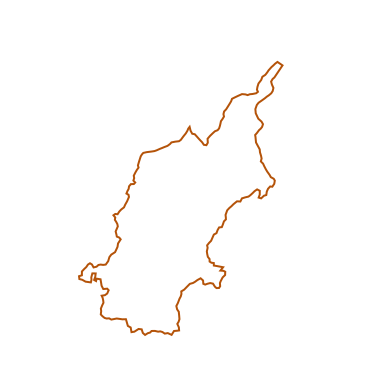 the district of Uruana, Goiás, Brazil, rotated 202°
{"feature_id": "56859067B12485635102711", "entity_name": "Uruana", "entity_type": "district", "adm_level": 2, "iso_a3": "BRA", "parent_name": "Brazil", "parent_adm1": "Goiás", "projection": "mercator", "projection_center": [-49.648, -15.615], "detail": "fine", "context": "isolated", "style": "outline", "palette": "amber", "viewbox_px": 384, "rotation_deg": 202, "n_neighbors": 0, "source": "geoboundaries", "source_scale": "gbopen_adm2", "svg_char_len": 3858}
<svg xmlns="http://www.w3.org/2000/svg" viewBox="0 0 384 384"><g transform="rotate(202 192 192)"><path d="M130.2,127.4L131.3,130.5L133.3,130.7L136.2,129.8L135.0,133.9L139.0,133.1L141.0,132.7L144.2,132.0L145.2,134.3L147.5,133.7L149.6,134.1L150.6,136.4L153.0,137.8L154.6,140.1L156.0,142.5L156.6,146.1L158.0,148.2L157.1,151.2L156.0,153.9L155.8,160.7L153.9,163.0L154.0,166.2L153.6,169.3L151.2,170.6L151.2,173.4L151.4,176.7L150.3,179.3L151.2,181.3L152.3,183.3L152.5,188.2L151.4,191.1L150.1,193.6L149.0,196.2L146.8,200.2L143.6,201.3L143.3,204.8L140.6,207.0L137.9,208.9L136.7,210.9L135.4,213.6L134.3,216.2L132.6,218.8L129.6,218.5L128.2,214.9L128.1,211.8L125.5,212.0L123.9,215.5L122.0,217.0L122.8,220.4L122.7,223.5L121.6,226.4L119.5,227.0L118.8,230.4L119.5,233.6L121.2,234.9L124.5,235.3L126.3,236.8L128.0,237.9L129.9,239.1L132.0,240.7L134.7,243.0L136.7,244.9L139.6,246.1L140.0,249.1L141.6,251.5L143.8,254.2L145.2,256.9L148.7,259.8L151.2,261.9L153.7,266.7L154.8,268.5L153.9,271.0L153.0,274.5L152.0,276.5L151.4,278.6L151.6,281.5L153.9,283.3L158.0,284.8L160.6,287.2L162.4,288.9L164.3,292.6L164.5,297.0L163.7,299.7L161.5,303.1L159.6,306.1L158.3,308.5L157.0,310.4L155.5,313.2L155.0,315.8L155.5,319.0L158.1,321.5L160.0,324.0L159.6,326.9L158.5,329.1L155.5,343.3L161.5,344.6L163.0,342.1L164.0,339.8L165.1,337.6L166.6,333.4L167.0,331.3L167.9,328.1L169.9,325.2L169.8,321.8L171.0,317.5L170.7,314.0L170.1,311.2L168.4,309.6L169.5,307.6L172.5,305.6L175.0,304.3L176.7,302.7L179.0,302.5L182.3,301.5L185.3,298.4L187.6,295.9L189.8,293.4L189.7,290.7L190.2,287.6L190.9,283.7L191.3,281.5L192.4,278.7L192.0,276.0L190.6,273.9L191.1,270.9L191.7,268.5L191.3,266.4L190.9,263.8L190.7,261.1L191.4,258.9L193.5,256.9L194.7,254.4L196.3,250.8L197.5,247.2L195.8,243.6L196.2,240.8L198.7,240.2L201.2,241.9L203.7,243.0L205.8,244.0L208.6,245.4L211.1,246.6L213.6,246.1L216.3,248.3L218.6,251.5L219.2,249.4L219.2,247.1L219.7,244.0L220.8,240.4L221.9,236.1L223.1,234.2L226.4,232.4L229.6,230.3L230.4,228.2L232.0,225.6L234.6,223.2L236.1,221.7L238.0,219.9L240.4,217.4L242.1,215.9L244.6,214.4L248.9,212.0L251.8,210.0L252.5,208.1L252.9,205.9L252.5,200.5L252.1,196.4L250.7,194.6L251.4,191.8L251.8,188.9L252.1,185.3L250.8,183.2L250.6,180.6L248.2,179.5L248.9,177.6L251.6,176.4L252.5,173.7L251.9,171.1L252.2,168.9L252.2,166.0L249.9,165.7L248.6,163.8L248.7,159.1L249.2,155.2L249.3,152.3L251.1,149.2L252.1,146.6L252.7,143.5L254.9,142.9L256.1,141.0L253.6,139.6L253.1,137.3L251.2,136.0L249.2,134.3L247.9,132.3L248.0,126.8L246.1,124.2L245.0,122.5L242.4,122.5L240.4,121.4L240.8,119.2L241.3,116.6L240.5,113.2L240.6,110.8L240.8,107.4L243.4,103.7L244.2,100.7L243.8,96.5L244.8,92.4L247.1,91.1L249.5,90.5L251.4,89.3L252.5,87.0L255.0,85.2L257.6,87.3L259.9,87.7L261.3,85.7L261.9,82.8L263.1,80.2L264.3,77.1L262.9,73.5L265.2,71.6L263.8,69.1L260.9,69.5L257.1,69.0L251.9,70.3L252.3,72.9L253.4,75.1L253.9,79.2L250.8,80.4L249.9,77.0L249.8,73.8L247.6,73.5L248.0,75.9L244.1,76.8L240.7,71.2L237.9,68.8L234.4,70.6L232.5,69.7L232.6,66.1L234.1,63.7L236.9,62.0L235.2,60.4L233.6,58.0L232.6,56.1L232.8,53.4L232.8,49.7L231.6,47.6L230.7,44.3L228.5,43.3L225.9,42.5L223.8,42.7L221.5,43.8L219.0,43.5L216.4,45.2L214.4,46.5L208.8,47.9L205.6,49.3L204.2,47.5L201.3,43.8L198.1,43.4L195.6,39.4L193.1,40.9L191.7,42.9L190.2,45.0L187.2,45.8L184.8,42.9L182.0,41.9L180.1,44.5L178.2,46.0L177.4,48.0L174.4,49.3L171.1,49.8L169.2,50.9L167.0,51.1L164.2,50.5L161.6,52.1L157.4,51.9L156.6,56.4L154.0,57.7L152.1,58.8L153.5,61.6L156.2,64.2L155.8,66.7L156.0,69.4L157.6,72.6L159.4,76.0L161.8,77.6L163.8,80.4L163.5,83.7L163.6,88.5L163.3,90.9L163.6,93.5L164.7,95.8L162.7,98.5L161.3,101.9L159.6,106.0L157.0,108.0L155.6,109.8L154.0,112.4L151.7,115.2L148.6,114.1L147.1,111.1L145.1,111.1L143.3,112.7L141.0,114.4L138.2,114.9L135.3,112.8L133.3,112.1L131.0,113.1L130.6,115.2L132.0,118.0L132.0,120.2L131.6,124.3L130.2,127.4Z" fill="none" stroke="#b45309" stroke-width="2"/></g></svg>